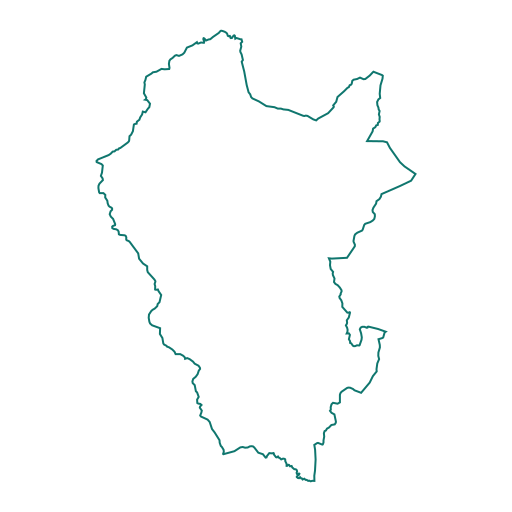 Dak To, Kon Tum, Vietnam
{"feature_id": "81297802B52627388081803", "entity_name": "Dak To", "entity_type": "district", "adm_level": 2, "iso_a3": "VNM", "parent_name": "Vietnam", "parent_adm1": "Kon Tum", "projection": "albers", "projection_center": [107.823, 14.684], "detail": "fine", "context": "isolated", "style": "outline", "palette": "teal", "viewbox_px": 512, "rotation_deg": 0, "n_neighbors": 0, "source": "geoboundaries", "source_scale": "gbopen_adm2", "svg_char_len": 6021}
<svg xmlns="http://www.w3.org/2000/svg" viewBox="0 0 512 512"><path d="M411.1,180.7L415.5,174.0L404.5,166.4L400.0,162.2L389.9,147.9L387.0,142.3L383.1,141.3L367.1,141.1L372.6,131.4L373.1,128.6L375.3,127.2L376.2,125.4L377.8,124.9L377.9,123.0L379.6,121.6L379.7,121.1L379.5,119.2L379.7,116.9L378.9,114.4L379.6,111.0L378.7,109.5L378.4,107.5L377.4,105.2L377.1,102.0L378.4,99.4L380.2,98.0L379.7,93.8L380.5,85.3L382.5,78.7L382.8,75.7L382.1,75.1L374.1,72.0L373.5,71.7L373.0,72.1L369.7,75.6L365.3,79.0L363.5,79.2L360.0,77.6L357.1,79.0L353.6,79.7L352.3,80.8L351.7,83.8L350.9,84.8L349.7,85.2L348.8,87.2L347.5,87.8L344.0,91.3L337.5,97.0L336.2,101.8L333.2,105.4L333.8,106.6L333.6,107.3L328.1,113.2L318.1,118.6L316.2,120.4L313.3,119.4L307.5,115.9L305.8,115.6L304.4,116.0L303.2,115.8L288.3,109.9L283.4,109.4L280.9,108.6L277.8,108.6L274.5,107.2L266.4,106.1L258.9,101.4L252.4,98.4L251.1,97.0L250.2,94.3L248.6,92.3L246.7,85.1L244.2,71.4L241.7,61.7L242.9,60.0L241.6,54.4L240.4,52.0L240.2,50.7L241.3,46.6L240.7,43.3L242.2,41.8L241.5,39.3L240.5,39.3L236.5,38.0L235.3,38.7L234.8,35.7L234.2,35.3L233.5,35.7L231.9,38.0L230.8,38.1L230.3,37.6L230.3,36.5L229.8,35.9L228.5,36.2L227.8,35.8L227.2,33.9L226.5,32.9L224.8,31.8L222.6,31.0L221.1,30.7L220.4,31.1L218.7,33.0L212.9,37.0L210.3,39.2L208.5,39.5L206.1,40.5L204.3,38.4L203.6,38.2L203.3,39.0L204.2,41.8L203.9,42.8L201.0,42.5L198.2,43.6L197.3,43.4L196.9,42.2L192.4,45.4L186.9,47.6L184.3,52.7L182.5,54.4L179.0,55.9L176.4,55.1L174.9,55.7L172.5,58.0L170.4,59.4L169.4,60.8L168.9,63.9L169.5,67.9L169.2,69.0L164.6,69.3L161.5,68.9L156.5,71.7L152.9,72.3L151.4,73.6L146.2,76.7L145.4,80.0L144.4,82.4L144.8,84.5L143.9,93.3L146.3,97.5L145.9,99.2L145.2,99.7L147.2,100.1L150.0,103.7L149.3,107.2L147.9,108.7L145.5,112.3L142.8,111.6L142.1,114.5L140.2,117.4L139.4,119.7L136.9,121.7L136.6,123.7L135.1,123.9L133.9,124.5L132.9,131.2L131.1,134.7L129.5,136.2L129.2,140.2L128.9,141.3L127.8,142.5L120.3,148.0L119.1,148.3L118.2,149.5L116.2,149.8L114.5,151.4L112.7,151.6L110.7,153.7L108.8,155.0L98.0,159.4L96.5,161.0L96.7,162.1L101.5,164.1L102.8,165.5L102.0,172.6L100.9,175.9L102.6,178.4L102.9,180.1L99.5,183.6L98.5,185.8L98.4,188.0L99.1,192.2L99.7,193.1L103.4,193.1L105.3,194.9L105.2,197.5L107.3,200.7L107.7,203.4L108.6,205.7L109.6,206.7L111.5,207.7L112.1,208.4L112.1,209.8L110.6,211.3L109.7,214.2L110.8,216.6L113.1,218.9L115.2,224.2L115.0,225.2L113.0,225.9L112.2,226.6L112.3,228.1L113.6,228.9L116.2,229.3L117.8,230.2L118.6,231.5L118.9,234.3L120.1,234.9L124.7,235.3L125.7,235.9L126.3,237.3L126.2,239.3L126.6,240.2L128.8,241.1L129.7,241.9L138.2,253.4L139.1,258.7L143.0,263.5L147.2,266.3L147.2,270.0L147.8,272.2L154.4,279.5L155.3,281.0L155.4,281.6L154.6,284.0L155.2,286.1L155.1,289.5L156.0,289.8L157.9,289.5L158.5,291.1L161.2,295.0L159.5,302.2L157.7,304.0L157.2,306.2L154.7,308.6L152.6,309.8L151.2,311.1L149.0,314.5L148.7,317.8L149.4,321.8L150.1,323.5L152.1,325.3L160.1,328.2L159.9,334.0L162.4,338.0L163.3,343.4L164.0,344.5L166.5,345.8L167.0,346.6L169.0,347.3L172.3,349.5L174.5,351.7L175.6,354.1L180.2,354.1L183.1,355.7L184.4,356.9L185.0,357.8L185.1,358.8L187.2,358.1L189.6,359.1L193.0,361.6L194.7,363.7L198.5,365.7L199.9,367.7L200.1,368.9L198.8,370.6L197.6,374.2L195.7,376.8L193.2,378.9L192.4,381.4L192.7,383.1L194.7,385.1L195.9,391.3L197.1,392.4L198.7,396.9L197.1,399.6L197.3,403.0L198.3,403.6L200.3,403.9L201.5,405.0L200.1,406.5L199.8,407.7L201.8,410.6L201.3,412.7L200.2,415.5L200.9,416.5L207.6,419.6L209.7,422.0L212.0,429.0L214.6,432.4L219.5,440.2L219.7,442.8L220.8,445.9L221.9,447.0L223.6,449.8L223.8,451.8L223.1,453.9L223.4,454.2L234.4,451.2L240.3,447.4L242.7,447.0L245.1,447.7L247.7,447.5L249.8,446.4L251.5,446.2L253.0,446.4L254.3,447.5L258.3,452.7L262.9,454.2L265.6,457.6L266.5,457.4L267.0,456.0L269.3,453.1L272.2,453.4L273.3,453.0L273.8,453.3L274.0,454.6L276.0,457.2L276.8,457.4L278.0,456.5L278.7,457.6L279.6,457.9L281.2,459.4L283.1,458.6L284.7,458.9L285.2,459.4L285.3,461.2L286.6,463.9L286.6,465.9L287.1,465.9L288.4,464.8L289.0,464.9L290.0,466.3L291.6,466.0L292.3,467.5L294.3,469.2L295.8,469.3L296.8,470.2L297.1,471.5L296.6,472.8L297.0,474.0L297.6,474.3L299.0,473.5L299.4,473.8L299.0,474.7L296.8,476.5L296.8,477.1L297.9,478.0L299.1,478.2L300.1,477.2L301.2,478.4L302.0,478.5L302.6,479.5L304.3,478.7L305.6,479.9L306.7,479.9L308.2,480.9L309.1,480.6L310.6,481.3L312.5,480.8L314.4,480.9L314.3,475.7L315.0,470.7L315.6,459.6L315.1,449.7L314.3,444.9L317.1,443.1L318.0,442.9L322.3,444.6L322.8,444.4L323.5,442.5L323.5,440.4L324.2,436.7L323.9,433.2L324.6,431.1L325.9,430.5L327.0,428.6L328.9,427.6L331.4,425.0L334.7,424.4L335.8,422.7L335.9,421.5L334.4,414.4L331.5,412.8L330.0,410.8L330.8,409.7L330.7,407.2L331.5,404.3L333.0,402.8L337.6,403.7L339.9,402.4L339.9,394.8L340.4,393.2L341.5,391.8L347.0,388.0L348.2,387.6L350.1,387.7L353.0,389.0L354.5,390.3L361.1,392.8L369.7,382.6L372.9,376.1L376.7,371.4L376.5,369.2L377.3,363.4L379.1,359.1L378.3,355.9L378.4,352.5L379.9,347.4L379.8,345.0L378.5,339.2L382.2,338.1L383.2,337.5L384.6,332.5L385.7,331.7L378.1,329.0L368.4,326.6L367.7,326.8L367.6,327.5L366.9,327.8L364.4,326.8L362.2,326.8L360.7,327.6L359.8,329.3L361.1,333.3L361.8,337.4L361.5,339.8L359.6,345.2L359.2,345.5L357.0,345.3L355.2,346.1L353.9,346.2L352.9,345.7L351.2,343.3L350.1,342.9L350.1,341.3L348.9,339.2L349.9,334.9L348.9,333.4L346.7,333.5L347.4,331.9L347.6,329.8L347.1,327.7L345.9,325.4L346.9,323.7L347.1,322.6L346.8,320.3L348.8,317.5L350.0,312.7L349.7,312.2L348.4,312.7L347.3,312.6L342.3,306.9L342.4,303.4L341.3,300.3L339.6,298.0L339.3,296.5L340.7,294.4L340.6,293.7L341.6,291.3L341.5,290.2L339.8,287.5L337.7,285.2L335.4,283.9L334.0,282.0L334.5,278.5L332.9,275.1L332.7,273.3L333.1,271.9L330.7,269.0L330.0,265.2L330.3,261.7L328.9,258.3L331.8,258.6L347.0,257.8L354.8,246.3L354.9,244.7L353.6,241.8L353.5,241.0L354.4,236.0L355.1,234.4L357.3,232.7L362.0,230.6L362.7,229.6L364.2,225.0L365.2,223.8L370.3,222.1L372.8,220.5L374.3,218.9L374.9,216.3L374.8,214.2L372.8,212.0L372.5,210.1L373.4,207.7L376.1,203.6L376.5,201.2L379.4,199.1L380.9,196.7L381.5,194.1L400.0,186.0L411.1,180.7Z" fill="none" stroke="#0f766e" stroke-width="2"/></svg>